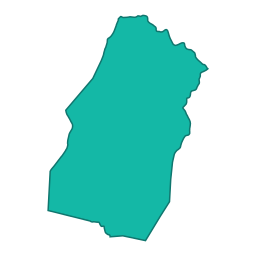 outline of Santa Rita, Santa Bárbara, Honduras
{"feature_id": "27666195B84919379327477", "entity_name": "Santa Rita", "entity_type": "district", "adm_level": 2, "iso_a3": "HND", "parent_name": "Honduras", "parent_adm1": "Santa Bárbara", "projection": "natural_earth1", "projection_center": [-88.257, 14.756], "detail": "fine", "context": "isolated", "style": "filled", "palette": "teal", "viewbox_px": 256, "rotation_deg": 0, "n_neighbors": 0, "source": "geoboundaries", "source_scale": "gbopen_adm2", "svg_char_len": 5631}
<svg xmlns="http://www.w3.org/2000/svg" viewBox="0 0 256 256"><path d="M48.1,210.5L90.1,221.0L90.5,221.3L91.0,221.6L91.3,221.7L91.7,221.8L92.0,221.9L92.7,221.9L93.0,221.9L93.4,221.8L93.5,221.7L94.2,221.8L96.4,222.1L98.0,222.2L98.5,222.2L99.0,222.4L99.2,222.5L100.2,224.8L100.5,225.2L100.8,225.7L101.1,226.1L101.4,226.3L101.8,226.4L102.2,226.4L102.9,226.2L103.4,226.2L103.8,226.2L103.9,226.3L104.0,226.4L104.1,226.6L104.2,226.9L104.2,227.3L104.2,227.7L104.4,228.6L105.2,231.8L105.3,232.1L105.5,232.4L105.8,232.9L106.1,233.2L106.7,233.7L107.4,234.2L107.9,234.5L108.3,234.7L108.5,234.7L108.9,234.7L109.1,234.8L109.4,234.9L109.7,235.1L109.8,235.2L109.9,235.5L110.0,235.8L110.1,236.3L110.1,236.8L122.8,235.8L145.5,240.6L160.3,216.2L169.5,201.7L170.7,179.6L172.5,162.2L174.2,154.7L174.4,154.0L175.0,152.8L175.7,151.8L176.3,151.1L176.7,150.6L177.0,150.3L177.3,150.1L178.2,149.5L178.8,149.0L179.8,148.1L180.0,147.8L180.2,147.6L180.3,147.4L180.4,147.1L180.7,145.9L180.8,145.3L181.5,143.0L181.7,142.4L182.8,140.0L183.6,138.4L183.8,138.0L184.6,136.9L185.0,136.3L185.4,135.9L185.5,135.8L185.7,135.7L186.1,135.6L186.8,135.4L187.6,135.2L188.4,135.0L188.6,134.9L188.9,134.6L189.2,134.2L189.5,133.8L189.7,133.4L189.7,133.0L189.7,132.5L189.7,131.8L189.6,130.2L189.7,129.3L189.7,128.4L189.9,127.5L190.1,126.1L190.2,125.5L190.3,124.3L190.4,123.7L190.3,122.9L190.2,122.3L190.1,121.6L189.9,121.2L189.7,120.5L189.2,119.4L188.9,118.8L188.3,117.8L188.0,117.2L187.4,115.8L187.1,115.4L186.7,114.6L186.5,114.4L186.3,113.9L185.8,112.5L185.2,111.1L185.0,110.8L183.0,108.3L182.9,108.1L182.9,107.9L182.9,107.6L183.0,107.4L183.2,107.2L185.8,104.4L186.0,104.2L186.2,103.9L186.3,103.6L186.4,103.2L186.6,102.8L186.6,102.4L186.7,101.9L186.7,100.3L186.7,99.1L186.8,98.8L186.9,98.5L186.9,98.3L187.0,98.2L187.4,98.0L187.9,97.9L188.6,97.8L188.9,97.6L189.1,97.5L189.3,97.3L189.5,97.1L189.7,96.9L190.0,96.3L190.2,95.6L190.4,94.8L190.5,93.5L190.6,92.9L190.8,92.2L190.9,91.9L191.0,91.7L191.4,91.3L191.8,91.0L192.8,90.7L195.2,90.0L195.5,89.8L196.0,89.4L196.2,89.1L196.4,88.8L196.6,88.5L196.7,87.9L196.8,87.5L197.0,87.2L197.3,86.8L197.4,86.6L197.7,85.8L198.0,85.3L198.3,84.7L198.8,84.1L199.0,83.8L199.2,83.4L199.3,83.0L199.3,82.6L199.4,82.2L199.3,81.5L199.2,80.6L199.1,80.2L199.1,79.7L199.1,79.2L199.2,78.9L199.4,78.5L199.6,78.0L199.9,77.3L200.2,76.4L200.3,76.1L200.3,75.6L200.3,75.2L200.3,74.4L200.3,74.1L200.4,73.6L200.5,73.4L200.6,73.2L200.8,72.9L201.1,72.7L201.4,72.5L202.0,72.1L202.5,71.9L203.5,71.5L204.9,70.8L205.6,70.4L205.9,70.3L207.7,69.0L207.8,68.9L207.9,68.7L207.4,68.3L207.2,68.2L206.9,67.8L206.4,66.8L206.0,66.3L205.7,65.7L205.3,65.3L204.8,64.9L204.5,64.7L204.2,64.6L203.8,64.5L203.3,64.5L203.1,64.4L202.8,64.3L202.6,64.2L200.5,62.2L198.3,60.3L197.3,59.3L196.4,58.2L196.1,57.8L195.8,57.4L195.6,57.1L195.5,56.6L195.4,55.4L195.0,53.8L194.9,53.4L194.7,53.0L194.5,52.6L194.2,52.4L191.8,50.4L191.5,50.1L191.1,49.9L190.8,49.8L190.5,49.7L189.3,49.6L188.1,49.4L187.8,49.3L187.3,49.1L186.9,48.9L186.5,48.7L186.2,48.4L185.9,48.0L185.5,47.4L185.2,46.7L184.9,46.2L184.8,45.7L184.6,44.6L184.5,43.9L184.3,43.3L184.2,43.2L183.7,42.9L183.2,42.8L182.4,42.8L181.8,42.9L181.1,43.2L180.5,43.4L178.8,44.3L177.9,44.7L176.8,45.1L175.8,45.3L175.5,45.4L175.2,45.4L174.9,45.3L174.6,45.2L174.1,44.9L173.6,44.5L173.1,44.1L172.8,43.6L170.4,38.9L170.1,38.3L169.8,37.5L169.3,36.2L168.3,32.7L167.8,31.2L167.6,30.8L167.4,30.4L167.1,30.1L166.9,29.9L166.6,29.7L166.3,29.6L166.0,29.6L165.7,29.7L165.2,29.9L164.8,30.1L163.7,31.0L163.2,31.3L162.9,31.5L162.6,31.7L162.3,31.8L161.8,31.9L161.3,31.9L160.5,32.0L159.9,31.7L159.3,31.5L158.9,31.5L157.9,31.5L157.5,31.4L157.0,31.3L156.8,31.2L156.7,31.2L156.4,30.8L156.3,30.5L156.2,30.1L156.1,29.7L156.1,29.4L156.1,29.1L156.1,28.6L156.1,28.3L156.0,27.9L155.8,27.5L155.7,27.3L155.6,27.1L154.2,26.0L152.8,24.8L151.4,24.0L149.9,23.2L149.5,22.9L149.2,22.6L148.7,22.2L148.5,21.9L148.2,21.6L147.9,21.1L147.8,20.8L147.7,20.5L147.7,20.0L147.7,19.3L147.7,18.7L147.6,18.0L147.4,17.2L147.2,16.9L147.0,16.6L146.8,16.4L146.5,16.2L146.1,16.0L145.1,15.7L144.1,15.5L143.2,15.4L142.9,15.4L142.3,15.6L141.6,16.0L141.1,16.3L140.8,16.4L140.6,16.3L139.9,16.2L139.1,16.0L138.2,15.9L137.9,15.9L137.7,16.0L137.4,16.2L137.2,16.4L136.7,16.7L135.8,17.1L135.2,17.2L134.5,17.3L133.5,17.2L131.0,16.9L130.0,16.8L129.9,16.8L129.6,16.9L129.1,17.0L127.1,17.3L123.4,17.5L123.1,17.5L122.6,17.3L122.3,17.2L121.8,16.9L121.4,16.7L121.1,16.6L120.6,16.6L118.6,18.6L118.4,18.8L118.3,19.1L118.3,19.7L118.3,20.1L118.3,20.3L118.2,20.6L117.8,21.4L116.4,24.8L116.3,25.2L116.1,26.1L115.9,26.5L114.4,30.5L114.0,31.5L113.1,33.2L112.6,34.0L112.0,34.9L111.4,35.7L110.9,36.4L110.2,37.0L109.6,37.5L109.3,37.8L108.6,38.1L108.2,38.4L107.8,38.9L107.6,39.1L107.5,39.3L107.5,39.5L107.4,39.7L107.3,41.2L107.2,42.5L107.1,42.9L105.7,47.5L105.5,47.8L105.3,48.2L105.1,48.5L104.8,49.5L104.5,50.7L104.2,51.7L104.0,52.4L103.7,53.7L103.6,54.4L103.2,55.7L102.8,56.8L101.2,60.8L92.8,78.5L65.8,110.2L66.0,111.4L66.2,112.3L66.6,113.5L66.9,114.3L67.2,114.9L67.7,115.6L68.1,116.3L69.3,118.4L70.0,119.6L71.0,121.7L71.9,123.2L72.3,124.0L72.5,124.7L72.6,125.5L72.6,126.2L72.6,126.6L72.5,127.1L72.4,127.8L72.3,128.3L72.0,129.0L71.2,130.4L70.3,131.9L69.9,132.6L69.5,133.5L69.2,134.1L69.0,135.0L68.5,137.3L68.0,139.4L67.8,140.4L67.7,141.4L67.6,142.9L67.6,143.5L67.8,144.4L67.8,144.6L67.8,144.9L67.6,145.9L67.4,146.7L67.0,148.0L66.8,148.5L66.7,148.8L66.2,149.4L65.6,150.5L65.3,151.1L62.3,155.5L62.0,155.9L61.4,156.5L61.1,156.9L59.1,159.5L58.3,160.5L58.1,160.8L57.8,161.2L57.6,161.5L56.9,162.4L55.6,164.1L54.0,166.2L52.8,167.6L51.4,169.3L51.1,169.7L50.8,170.2L50.2,171.3L48.1,210.5Z" fill="#14b8a6" stroke="#0f766e" stroke-width="1.5"/></svg>